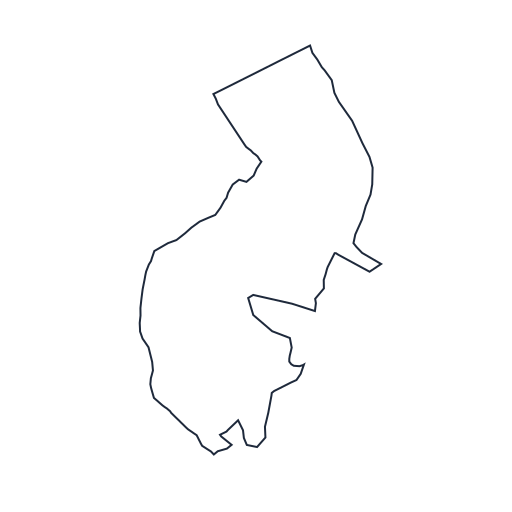 Ohaji/Egbema, Imo, Nigeria (Mercator projection), rotated 55°
{"feature_id": "59680162B99262810585367", "entity_name": "Ohaji/Egbema", "entity_type": "district", "adm_level": 2, "iso_a3": "NGA", "parent_name": "Nigeria", "parent_adm1": "Imo", "projection": "mercator", "projection_center": [6.865, 5.422], "detail": "fine", "context": "isolated", "style": "outline", "palette": "slate", "viewbox_px": 512, "rotation_deg": 55, "n_neighbors": 0, "source": "geoboundaries", "source_scale": "gbopen_adm2", "svg_char_len": 2111}
<svg xmlns="http://www.w3.org/2000/svg" viewBox="0 0 512 512"><g transform="rotate(55 256 256)"><path d="M242.8,388.5L244.2,389.7L249.1,392.8L251.4,394.3L254.0,395.0L256.8,395.8L258.6,396.3L269.1,396.4L283.2,401.8L290.7,406.1L293.9,409.9L295.8,412.2L300.4,416.1L303.6,417.5L306.1,418.4L308.7,419.3L313.7,421.0L324.7,418.3L327.7,417.3L329.6,416.5L332.0,415.9L333.9,415.4L334.4,415.4L335.7,415.5L338.4,415.0L341.7,414.4L345.8,413.6L346.7,413.4L349.2,413.0L352.2,412.4L354.5,412.0L356.6,411.6L358.9,411.1L361.6,410.1L363.4,409.4L365.4,408.7L368.7,407.4L371.7,407.8L374.1,408.2L375.9,408.4L377.7,408.7L380.6,409.0L384.0,407.6L386.0,406.8L390.3,405.0L392.3,404.7L394.4,404.4L394.0,399.3L397.1,390.3L396.7,384.3L383.9,388.0L381.8,388.0L382.9,380.9L382.4,378.8L380.3,364.9L391.3,366.6L398.1,370.3L405.5,371.9L413.1,364.7L410.1,352.4L401.0,346.6L391.6,336.0L379.3,323.5L377.2,321.6L377.0,318.6L379.7,299.9L380.8,294.0L378.2,287.0L372.4,279.0L372.3,280.2L371.2,283.6L367.6,288.0L364.9,289.2L361.6,289.3L359.3,287.7L356.8,285.3L355.1,283.3L351.5,279.3L342.6,275.3L326.9,285.9L302.8,292.1L285.9,286.5L286.3,280.6L315.7,253.9L334.9,239.3L329.0,234.0L325.0,232.1L321.5,219.0L314.4,214.2L310.9,209.5L307.6,205.6L306.2,203.7L298.8,190.0L299.6,188.9L302.3,187.8L334.0,172.0L334.3,158.1L314.3,167.3L306.3,168.5L301.4,168.8L295.3,162.3L286.8,148.1L278.0,137.4L271.4,127.0L264.0,119.7L250.5,109.8L239.9,106.2L224.6,104.1L200.4,99.7L177.2,99.7L167.3,98.2L155.4,93.1L143.1,93.3L139.2,93.8L130.2,93.1L122.0,93.3L114.6,91.0L109.4,126.3L108.9,129.9L103.1,169.6L98.9,198.0L104.1,198.7L110.0,200.2L158.1,201.5L161.0,201.5L164.5,200.4L166.5,199.7L170.2,199.2L172.5,198.3L175.3,197.6L178.0,197.7L179.8,197.8L181.8,197.5L184.8,205.3L188.8,211.8L189.8,221.3L183.8,226.1L184.1,234.1L185.5,237.0L188.1,242.5L191.5,246.8L192.5,250.1L196.1,257.4L199.0,265.8L197.4,273.0L195.5,282.4L195.7,292.6L196.7,301.0L197.3,312.0L195.0,320.7L193.6,336.4L198.1,342.6L200.0,345.0L201.5,348.6L205.7,354.9L208.2,357.6L211.2,360.6L218.2,367.9L223.8,373.0L224.9,374.0L232.3,380.5L238.6,384.8L242.8,388.5Z" fill="none" stroke="#1e293b" stroke-width="2"/></g></svg>